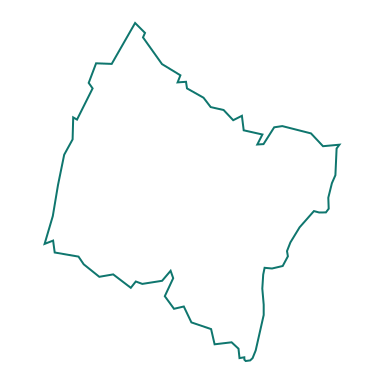 outline of Glynn, Georgia, United States of America
{"feature_id": "52423323B35006791438696", "entity_name": "Glynn", "entity_type": "district", "adm_level": 2, "iso_a3": "USA", "parent_name": "United States of America", "parent_adm1": "Georgia", "projection": "equal_earth", "projection_center": [-81.504, 31.233], "detail": "fine", "context": "isolated", "style": "outline", "palette": "teal", "viewbox_px": 384, "rotation_deg": 0, "n_neighbors": 0, "source": "geoboundaries", "source_scale": "gbopen_adm2", "svg_char_len": 1058}
<svg xmlns="http://www.w3.org/2000/svg" viewBox="0 0 384 384"><path d="M135.1,23.0L111.7,63.9L96.1,63.3L88.7,82.9L92.6,88.4L77.0,119.6L73.2,117.4L72.6,139.4L64.2,154.7L58.0,185.0L52.8,216.1L44.6,243.9L53.1,240.6L54.7,252.5L78.5,256.6L83.7,264.3L99.3,276.8L113.2,274.4L130.8,287.8L135.8,281.5L142.3,283.9L162.1,280.8L170.6,270.8L173.2,278.2L164.8,296.2L174.0,308.8L183.8,306.5L191.4,322.4L211.1,329.1L214.6,344.3L231.6,342.3L238.5,348.7L239.5,358.1L244.3,357.3L244.4,359.7L245.7,361.0L250.2,360.4L252.6,358.1L255.7,350.4L263.7,315.0L263.7,304.7L262.3,288.6L263.2,274.6L264.6,267.8L272.0,268.5L282.7,266.0L287.9,256.3L287.0,251.1L290.4,242.4L299.6,227.3L313.9,211.1L319.2,212.5L325.9,212.4L328.7,208.7L328.3,197.7L331.9,183.2L335.4,175.2L336.6,148.5L339.4,144.7L323.0,146.2L311.0,133.4L282.3,126.1L274.2,127.3L263.5,144.1L257.3,144.5L262.4,134.5L243.7,130.3L241.9,115.8L233.2,120.2L223.6,110.0L210.7,107.1L203.5,97.7L187.0,88.4L186.0,81.8L177.6,82.4L180.4,75.3L162.0,64.1L143.0,37.4L145.0,32.9L135.1,23.0Z" fill="none" stroke="#0f766e" stroke-width="2"/></svg>